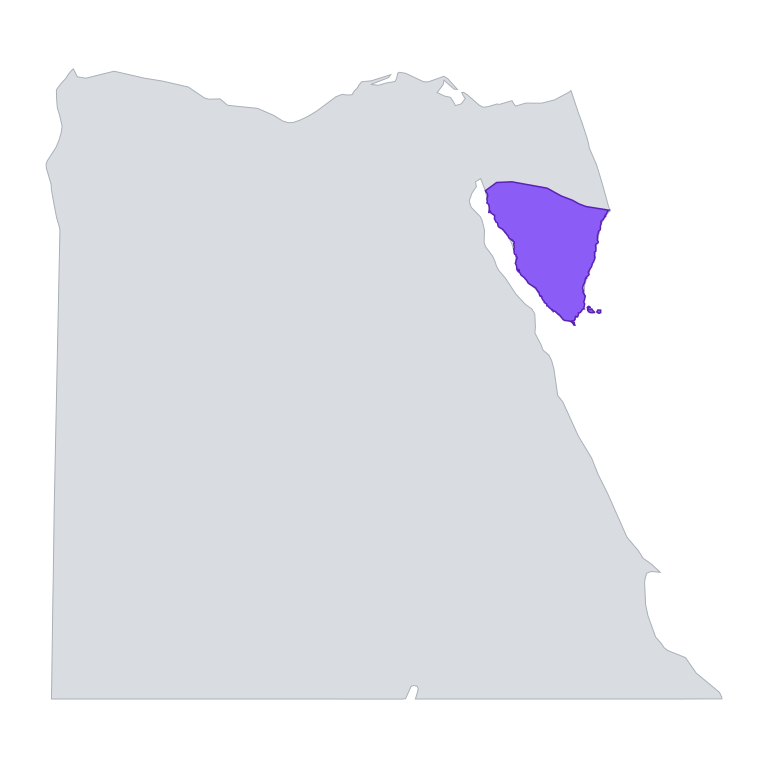 Janub Sina' highlighted on a map of Egypt
{"feature_id": "EGY-1557", "entity_name": "Janub Sina'", "entity_type": "Governorate", "adm_level": 1, "iso_a3": "EGY", "parent_name": "Egypt", "parent_adm1": "", "projection": "robinson", "projection_center": [33.959, 28.827], "detail": "fine", "context": "in_parent", "style": "filled", "palette": "violet", "viewbox_px": 768, "rotation_deg": 0, "n_neighbors": 0, "source": "natural_earth", "source_scale": "10m", "svg_char_len": 7701}
<svg xmlns="http://www.w3.org/2000/svg" viewBox="0 0 768 768"><path d="M721.9,698.9L703.4,698.9L684.9,699.0L666.4,699.0L647.9,699.0L629.4,699.0L610.9,699.0L592.4,699.0L573.9,699.0L555.4,699.0L536.9,699.0L518.4,699.0L499.9,699.0L481.4,699.0L462.9,699.0L444.4,699.0L425.9,699.0L415.4,699.0L417.2,693.2L418.3,689.1L417.1,686.2L413.5,685.5L411.1,686.4L405.6,698.6L402.7,699.1L396.1,699.1L374.6,699.1L353.0,699.1L331.5,699.0L309.9,699.0L288.4,699.0L266.9,699.0L245.3,699.0L223.8,699.0L202.2,699.0L180.7,699.0L159.2,699.0L137.6,699.0L116.1,699.0L94.5,699.0L73.0,699.0L51.4,699.0L51.7,684.4L51.9,669.7L52.1,655.1L52.3,640.4L52.5,625.8L52.7,611.1L52.9,596.5L53.2,581.8L53.4,567.2L53.6,552.5L53.8,537.9L54.0,523.2L54.2,508.6L54.5,493.9L54.8,479.3L55.1,464.6L55.4,450.0L55.7,435.3L56.0,420.7L56.3,406.0L56.6,391.4L56.9,376.7L57.2,362.1L57.5,347.4L57.8,332.8L58.1,318.1L58.4,303.5L58.7,288.8L59.0,274.2L59.3,259.6L59.6,244.9L59.9,230.3L59.5,227.5L56.6,217.6L54.1,204.9L51.4,189.4L51.1,184.3L46.4,168.3L46.1,163.8L47.5,160.5L56.2,147.0L58.9,140.5L61.2,132.6L62.1,126.2L59.9,116.5L57.3,107.7L56.6,98.7L56.4,89.8L60.8,83.8L66.1,78.1L68.1,74.7L71.2,70.8L73.4,68.9L77.3,76.8L85.9,78.2L114.1,71.2L145.0,78.3L162.1,81.0L188.3,87.0L204.2,97.8L208.6,99.2L220.1,98.9L227.6,105.3L257.7,108.4L273.7,115.4L282.7,121.0L288.2,122.7L293.0,122.5L299.6,120.3L307.9,116.4L317.0,110.9L335.8,96.8L342.4,94.3L346.7,95.0L352.0,94.8L354.2,91.0L357.0,88.4L358.7,85.4L361.6,81.8L371.3,80.8L390.7,74.7L388.6,77.6L370.8,84.5L378.4,85.3L386.1,83.0L395.0,81.5L396.6,78.6L397.8,73.1L399.5,72.3L405.6,73.3L423.7,81.8L428.3,81.9L441.1,77.3L443.8,76.3L448.0,78.9L457.4,89.4L454.1,89.2L444.0,80.2L443.1,84.7L437.2,92.6L444.4,96.0L450.3,97.3L453.4,101.7L455.4,105.6L461.2,103.9L465.3,98.6L463.2,95.6L461.8,92.5L463.6,92.4L467.6,95.0L479.1,105.1L483.0,107.2L487.5,106.8L496.9,104.0L499.4,104.4L512.0,100.7L513.5,103.4L515.6,106.1L525.7,103.1L541.6,103.2L554.6,99.9L569.7,91.8L570.9,90.6L571.7,92.6L573.5,98.1L578.1,112.0L582.1,122.9L587.0,138.0L588.6,143.8L589.2,147.8L596.4,164.4L600.6,178.1L603.8,189.1L608.2,205.3L610.1,211.0L607.0,213.9L600.8,224.5L594.2,257.9L584.8,284.0L583.7,300.4L582.2,306.3L577.7,314.6L572.2,322.7L562.5,318.5L546.7,304.2L537.4,290.7L527.5,281.9L518.2,270.3L515.7,262.0L515.8,256.6L511.7,243.5L508.7,237.4L497.4,223.4L494.1,216.0L491.7,212.8L489.2,208.1L485.1,190.0L480.6,178.6L475.5,181.8L476.4,186.6L471.9,193.2L469.2,201.0L471.2,207.3L480.5,216.9L482.3,221.1L484.5,230.2L484.1,242.6L485.6,246.8L492.5,256.0L495.0,261.5L496.5,266.2L498.8,270.5L505.7,278.5L515.6,293.8L525.1,304.1L531.9,309.0L534.8,314.0L535.4,326.8L534.9,333.0L540.9,344.5L543.1,350.3L548.9,355.1L551.6,360.5L554.0,369.4L557.7,395.5L562.8,401.9L578.4,436.2L591.6,458.0L598.0,474.2L607.8,493.9L627.0,537.3L638.4,550.7L643.0,558.2L651.3,564.0L660.2,572.3L651.7,571.5L649.5,572.0L646.6,573.4L645.1,578.5L644.6,582.7L645.6,604.6L648.0,615.8L655.6,637.0L661.2,643.4L663.9,647.5L667.7,650.5L685.6,657.7L696.1,673.0L719.5,692.4L721.9,697.7L721.9,698.9Z" fill="#d9dde1" stroke="#a8b0b8" stroke-width="1"/><path d="M609.0,210.2L608.5,210.5L608.0,210.9L607.6,211.3L607.2,211.9L606.9,212.7L606.7,213.4L606.4,213.9L605.7,214.2L605.9,214.2L606.1,214.2L606.1,214.3L606.1,214.6L605.6,214.9L605.3,215.2L605.1,215.6L605.4,216.0L604.8,216.1L604.6,216.3L604.6,216.5L605.0,216.8L604.3,217.5L603.1,219.5L602.8,219.8L602.2,220.1L601.9,220.4L601.7,220.8L601.5,221.2L601.3,221.5L600.8,221.8L600.8,222.2L601.3,223.1L601.1,224.1L600.7,225.0L600.4,225.8L600.4,229.1L600.1,229.9L599.5,230.5L598.8,231.0L598.5,231.4L598.5,232.3L598.2,233.3L597.9,234.4L597.4,235.2L597.5,235.9L597.4,239.9L597.5,240.5L598.1,241.3L598.2,242.1L598.0,242.9L597.6,243.2L597.1,243.4L595.9,244.2L595.7,244.6L595.5,245.5L595.5,245.9L595.8,247.2L595.9,251.1L594.4,252.2L594.4,252.6L594.6,253.2L594.7,254.1L594.7,255.0L594.4,255.8L594.6,256.0L594.8,256.3L595.1,257.1L594.6,257.4L594.6,257.8L594.7,258.2L594.8,258.7L594.6,259.3L594.4,259.8L594.1,260.1L594.0,260.4L593.7,261.6L592.4,263.5L591.6,266.5L589.4,270.0L588.7,271.9L588.7,272.0L588.6,272.3L588.3,272.3L589.1,274.3L588.4,275.5L587.1,276.5L586.0,277.6L586.2,277.8L586.4,278.1L585.6,278.5L585.2,279.4L584.7,282.3L584.5,283.0L583.8,284.1L583.7,284.1L583.6,284.9L582.8,286.5L582.6,287.3L582.7,288.4L582.8,289.2L583.1,289.9L583.4,290.6L583.4,291.0L582.9,292.1L583.4,293.1L584.1,294.0L584.6,295.1L585.1,295.6L585.3,295.9L585.3,296.4L585.2,296.7L585.0,296.9L584.9,297.1L584.9,297.9L584.4,300.2L583.7,302.0L584.7,303.9L583.8,308.5L584.2,308.9L582.7,309.2L582.3,309.4L582.1,309.8L581.9,310.4L581.7,310.9L581.0,311.4L580.6,312.3L580.2,312.5L579.7,312.6L579.0,312.9L578.4,313.0L578.5,313.2L578.5,313.3L578.8,313.4L578.4,314.4L577.8,316.4L577.3,317.0L576.9,317.0L576.8,316.7L576.3,316.5L575.9,316.2L575.5,316.6L575.2,318.0L574.7,318.8L575.1,319.6L574.4,320.3L573.3,320.8L572.6,321.0L572.1,320.9L571.9,321.0L572.1,322.0L572.3,322.4L574.3,322.4L574.3,322.8L573.9,322.8L573.9,323.2L574.2,323.5L574.4,323.8L574.7,324.6L574.1,324.3L573.9,324.1L574.0,324.4L574.0,324.5L574.3,324.6L574.3,325.1L573.9,325.1L573.6,324.5L572.7,323.1L571.6,322.0L571.1,321.6L570.6,321.3L569.7,321.0L564.4,320.4L563.0,319.4L559.3,314.7L559.0,314.5L558.5,314.6L555.4,311.5L554.6,311.1L553.9,311.1L553.3,311.6L552.5,309.9L552.1,310.3L551.6,309.6L549.7,307.9L549.2,307.7L548.9,307.3L548.7,306.8L548.5,306.5L548.1,306.2L547.7,306.0L546.8,305.8L546.9,304.2L544.2,302.4L544.2,301.3L543.4,300.6L542.4,299.2L541.8,297.8L541.9,296.9L541.6,296.7L541.4,296.5L541.2,296.3L541.1,295.9L540.8,295.9L540.8,296.4L540.3,296.4L540.2,296.1L539.7,295.5L539.6,295.3L538.8,292.1L538.5,291.7L538.1,291.9L537.6,291.1L536.3,289.0L535.8,288.0L528.5,283.4L528.2,282.8L527.9,282.7L526.7,280.3L525.6,279.3L524.9,278.5L524.9,278.1L521.4,275.4L520.8,274.8L520.6,274.3L520.4,273.8L519.9,272.9L519.3,272.2L518.7,271.9L519.0,271.4L519.0,271.9L519.4,271.9L519.1,269.7L518.1,269.5L517.6,270.4L518.7,271.4L517.7,271.0L517.2,270.2L516.8,269.0L516.6,266.4L516.3,265.3L515.3,263.3L515.8,262.0L516.6,259.0L517.2,257.5L516.5,256.7L516.1,256.1L515.9,254.8L515.4,254.5L515.0,254.3L514.5,254.0L514.2,252.8L514.0,249.9L513.8,249.0L513.8,248.6L514.3,248.0L514.4,247.4L514.1,245.9L514.0,245.6L513.8,244.7L513.7,243.7L514.0,243.2L514.4,242.8L514.0,241.9L513.3,241.2L513.0,241.2L512.9,240.5L512.6,240.1L512.1,239.9L511.5,240.1L511.0,239.3L509.5,238.5L508.9,237.9L508.2,236.2L508.1,235.9L507.9,235.5L507.1,234.8L506.9,234.5L506.8,234.4L505.8,232.9L505.7,232.8L505.2,232.6L505.0,232.3L504.8,231.8L504.7,231.6L502.2,228.9L501.3,228.6L500.1,227.9L498.9,227.1L498.2,226.3L497.9,225.2L497.7,223.9L497.3,222.7L496.5,222.2L496.0,222.0L495.7,221.5L494.5,218.7L494.4,218.7L494.7,216.2L494.4,215.1L493.0,214.4L490.3,212.4L490.7,212.4L490.5,211.9L490.2,211.7L489.9,211.6L489.5,211.5L489.7,211.3L489.8,211.2L489.9,210.6L489.5,210.6L489.3,211.1L489.2,211.6L489.2,212.1L489.5,212.4L488.8,212.4L489.2,210.0L489.3,206.9L488.7,204.3L486.9,203.0L486.9,202.6L487.3,201.8L487.2,200.9L487.0,199.9L486.9,199.0L487.1,198.0L487.6,196.7L487.7,196.1L487.6,195.0L487.5,194.3L487.3,193.7L487.0,193.1L485.6,191.4L485.4,190.7L496.6,182.5L511.9,181.8L547.2,188.2L561.3,196.0L572.6,200.3L579.0,203.9L585.9,206.5L609.0,210.2ZM592.5,310.3L593.4,311.1L594.5,312.1L594.5,312.5L592.4,312.7L590.4,312.6L588.8,311.9L587.7,310.4L587.7,309.4L587.5,308.1L587.2,307.6L587.4,307.3L587.5,307.2L587.6,307.6L587.8,307.1L588.1,306.7L588.4,306.4L588.8,306.3L589.7,306.8L590.1,307.1L590.3,307.6L588.8,307.9L588.2,308.2L588.0,308.9L588.2,309.2L588.5,309.5L589.4,309.6L591.0,309.3L591.7,309.0L591.8,309.2L592.0,309.2L592.2,309.6L592.5,310.1L592.5,310.3ZM600.7,310.1L600.7,312.6L599.2,313.3L597.9,312.9L596.8,311.9L597.9,310.0L600.7,310.1Z" fill="#8b5cf6" stroke="#5b21b6" stroke-width="1.5"/></svg>